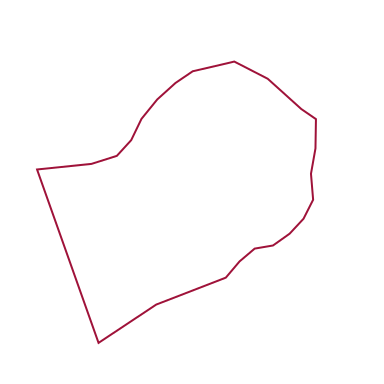 the District of Astara, rotated 162°
{"feature_id": "AZE-1695", "entity_name": "Astara", "entity_type": "District", "adm_level": 1, "iso_a3": "AZE", "parent_name": "Azerbaijan", "parent_adm1": "", "projection": "equal_earth", "projection_center": [48.676, 38.498], "detail": "fine", "context": "isolated", "style": "outline", "palette": "rose", "viewbox_px": 384, "rotation_deg": 162, "n_neighbors": 0, "source": "natural_earth", "source_scale": "10m", "svg_char_len": 469}
<svg xmlns="http://www.w3.org/2000/svg" viewBox="0 0 384 384"><g transform="rotate(162 192 192)"><path d="M115.7,303.3L111.5,303.0L85.0,276.3L62.4,237.1L51.6,223.0L61.1,195.3L73.2,172.6L79.2,147.2L94.2,132.1L112.0,122.2L131.5,116.1L149.9,118.8L168.2,111.3L186.3,100.1L260.8,96.0L327.5,77.4L332.4,261.2L332.4,261.3L278.9,249.8L252.3,249.6L233.8,260.1L217.4,277.2L196.4,290.8L174.0,300.8L154.0,306.6L115.7,303.3Z" fill="none" stroke="#9f1239" stroke-width="2"/></g></svg>